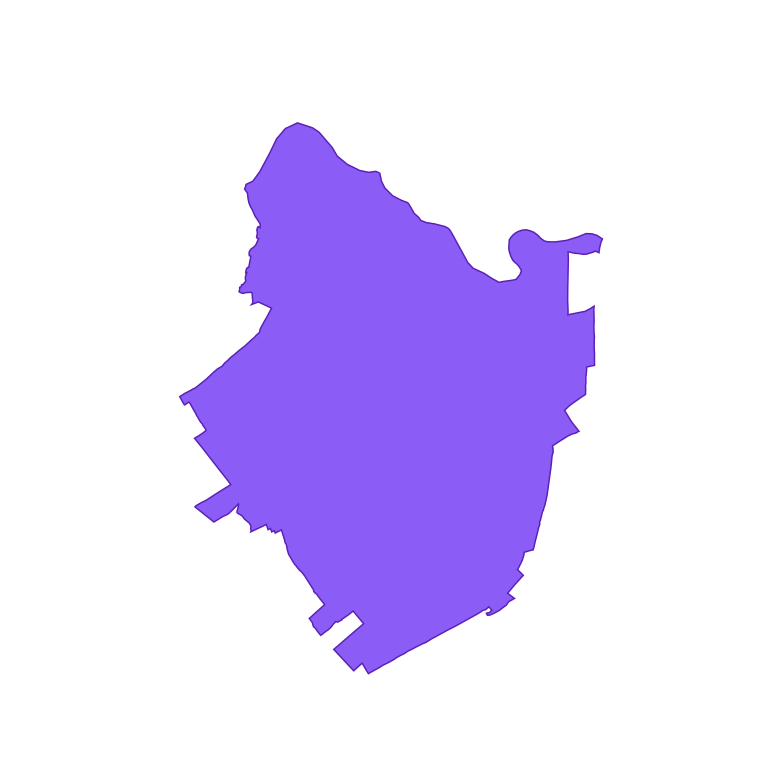 the district of Bratovoesti, Dolj, Romania, rotated 127°
{"feature_id": "2599482B58012097168459", "entity_name": "Bratovoesti", "entity_type": "district", "adm_level": 2, "iso_a3": "ROU", "parent_name": "Romania", "parent_adm1": "Dolj", "projection": "robinson", "projection_center": [23.927, 44.119], "detail": "fine", "context": "isolated", "style": "filled", "palette": "violet", "viewbox_px": 768, "rotation_deg": 127, "n_neighbors": 0, "source": "geoboundaries", "source_scale": "gbopen_adm2", "svg_char_len": 6171}
<svg xmlns="http://www.w3.org/2000/svg" viewBox="0 0 768 768"><g transform="rotate(127 384 384)"><path d="M307.6,614.3L308.8,613.8L309.9,613.2L311.6,612.9L312.3,612.5L313.4,609.0L313.8,608.0L315.0,606.7L317.8,604.1L320.6,600.9L322.5,597.8L324.3,593.7L327.5,588.1L329.5,582.4L330.9,578.9L332.5,578.0L333.3,577.1L333.9,577.2L333.9,578.3L334.0,579.2L334.5,579.2L335.4,579.1L336.2,578.8L337.9,578.0L338.5,577.0L340.4,575.5L342.1,574.9L343.7,573.9L343.8,573.4L343.8,572.3L343.5,571.5L344.7,571.3L350.1,570.1L351.7,570.2L353.7,570.6L355.8,571.3L356.8,571.4L359.1,571.3L360.9,570.4L362.0,569.4L362.6,568.7L362.1,568.1L362.1,567.3L362.5,567.0L371.9,562.4L372.3,562.4L372.9,562.8L373.1,563.1L373.4,563.2L374.2,563.1L375.2,563.0L377.2,562.1L378.3,561.4L377.7,560.7L378.2,560.2L379.0,560.4L380.0,559.8L381.0,559.5L382.3,558.9L383.8,557.7L384.7,556.7L385.3,556.3L386.6,556.3L387.7,556.5L389.3,556.4L389.8,557.1L390.3,557.4L390.9,557.4L391.5,556.8L392.4,556.7L393.2,557.1L393.4,557.4L394.1,557.3L394.8,556.5L396.0,555.8L396.9,555.7L397.5,555.2L397.6,554.7L397.3,553.8L397.1,552.5L396.4,551.1L394.9,549.9L393.3,548.4L391.6,546.2L391.0,545.5L390.5,544.5L391.7,543.2L393.3,541.9L398.0,537.6L400.2,537.6L394.1,533.7L391.1,519.5L401.3,517.8L406.0,517.3L414.4,516.0L415.7,515.5L416.5,515.0L417.4,514.7L418.9,514.6L420.7,515.1L422.2,515.4L423.6,515.4L424.8,515.6L427.9,516.3L433.7,517.3L438.2,518.2L444.0,519.8L451.1,521.4L455.4,522.5L460.4,523.2L462.6,523.8L467.6,524.1L472.0,526.0L474.6,526.6L479.0,527.5L484.1,528.3L485.2,528.6L486.2,528.6L488.7,529.2L500.5,532.3L501.8,532.9L502.4,533.3L503.1,533.7L504.8,534.3L511.7,537.6L515.7,539.0L517.0,539.6L519.8,533.4L520.8,530.8L520.7,530.7L520.1,530.4L516.8,529.3L516.0,528.9L515.9,528.5L515.9,528.2L516.9,525.7L519.9,518.9L520.2,518.4L520.2,517.9L520.4,517.3L520.7,516.7L521.1,516.2L522.0,514.4L522.6,512.7L523.6,510.6L524.9,507.2L525.1,505.6L525.2,505.0L525.6,504.6L526.0,503.9L527.7,498.5L527.9,498.2L528.7,498.3L532.2,499.2L537.1,500.9L539.9,502.1L541.4,502.6L544.1,491.6L551.4,464.7L553.4,457.0L554.0,454.9L554.4,453.1L556.6,445.8L560.6,447.4L569.1,450.7L584.2,456.2L589.0,458.7L592.8,460.2L594.3,460.9L595.9,461.0L596.6,436.8L586.2,432.7L583.9,431.3L581.5,430.2L577.0,429.4L567.4,428.1L567.8,427.6L568.9,426.9L574.2,424.7L575.0,424.2L575.2,423.3L575.3,422.1L575.0,421.3L574.9,420.5L574.8,417.5L575.1,416.4L575.5,415.5L575.8,414.2L576.0,410.7L576.1,408.6L576.3,407.4L577.5,404.9L578.2,404.3L579.8,403.3L581.0,401.9L581.3,401.7L582.2,401.4L567.0,393.4L570.1,388.9L567.7,387.7L569.7,384.7L567.2,383.4L568.5,381.2L562.3,378.1L563.4,376.5L568.5,369.4L570.0,367.8L570.4,367.1L570.7,366.2L571.0,365.5L571.5,364.8L574.7,361.3L576.2,359.3L577.0,358.3L577.5,357.5L579.1,353.5L580.5,350.2L581.8,346.8L581.8,346.0L582.8,342.6L583.6,339.1L583.7,336.6L584.4,334.1L584.9,332.2L585.4,330.8L590.3,317.8L590.4,317.0L590.8,316.5L591.9,315.4L592.4,313.7L592.3,312.5L592.5,310.9L593.8,306.8L595.9,298.6L608.4,301.1L613.3,302.0L616.2,302.6L617.1,299.5L617.6,298.1L617.9,297.3L619.9,294.9L620.3,294.2L620.3,292.2L621.6,288.2L622.0,286.3L622.2,285.9L622.5,284.9L622.7,283.2L616.4,281.5L613.5,280.5L609.5,279.9L607.6,280.0L605.6,279.9L603.9,279.6L602.8,279.7L602.1,277.7L597.4,275.6L597.1,276.0L593.7,274.8L589.0,273.3L583.9,272.0L587.7,256.0L597.5,258.2L626.2,264.4L631.3,235.6L629.6,235.3L625.7,234.6L621.0,233.6L620.1,233.3L620.8,231.8L624.7,222.2L612.6,216.8L609.6,215.8L603.1,212.5L597.8,210.2L594.6,209.2L590.7,207.4L586.8,205.4L584.8,204.8L582.9,204.1L579.3,202.2L574.9,200.2L571.8,198.6L568.2,196.9L566.3,195.7L565.6,195.4L565.3,195.0L564.7,194.7L563.8,194.7L562.3,193.9L559.7,193.0L542.3,185.1L537.0,182.5L533.0,180.6L510.7,170.7L505.0,168.7L503.5,167.3L503.0,167.0L501.7,166.8L500.8,166.5L499.0,166.5L499.4,163.1L499.9,161.6L500.9,162.1L502.6,162.0L503.5,162.4L504.4,163.6L505.5,164.3L506.5,162.2L506.2,161.8L504.7,160.3L501.8,158.6L495.6,155.7L490.8,154.4L486.9,153.2L484.8,153.4L482.8,153.4L476.7,150.7L476.7,159.3L465.8,158.8L456.9,158.0L453.0,157.6L451.8,165.8L450.7,165.8L449.2,166.0L441.1,167.6L439.6,168.3L438.1,168.7L436.2,169.5L435.7,169.7L434.6,170.5L433.9,170.8L432.4,169.5L429.7,167.6L426.8,165.1L426.1,165.3L423.1,166.5L417.4,169.1L415.5,169.8L406.4,173.7L404.5,174.5L402.7,175.0L401.8,175.6L401.0,176.2L400.3,176.8L399.1,177.0L396.5,178.0L391.4,180.3L390.1,180.7L389.0,180.7L388.2,181.2L383.7,182.7L374.7,186.8L350.5,200.3L345.0,203.6L341.9,205.5L340.0,206.6L338.2,207.3L336.9,207.7L333.6,210.3L332.4,212.0L331.2,211.9L325.8,210.0L315.3,206.0L310.9,203.8L308.0,201.5L307.4,201.1L305.4,200.4L304.4,199.8L301.3,211.6L296.4,223.9L290.2,223.0L284.8,221.4L276.7,218.8L271.1,216.8L267.2,219.5L264.6,221.6L261.4,223.6L256.7,227.2L255.5,227.8L253.2,229.2L250.2,231.1L248.5,232.4L242.4,227.1L237.2,231.1L233.9,233.5L227.4,238.9L222.8,242.2L221.6,243.2L220.6,243.6L219.2,244.7L216.1,247.6L212.1,250.7L208.1,253.5L203.0,257.4L198.5,261.1L195.4,263.0L196.1,263.3L197.2,263.8L199.0,264.3L203.6,266.5L204.6,266.9L205.1,267.2L206.7,268.7L218.0,278.8L215.1,280.8L206.5,287.8L196.5,295.2L172.7,312.4L167.7,316.5L166.6,314.5L165.8,312.5L164.8,310.4L162.0,305.9L160.7,303.2L158.9,300.9L155.7,298.4L152.0,295.8L150.6,295.2L150.5,294.2L150.2,293.3L149.8,291.3L145.4,293.8L140.0,296.1L136.7,296.8L137.1,303.1L138.9,308.3L142.3,313.2L149.7,317.6L159.4,324.6L167.4,332.7L171.7,338.5L173.3,342.1L173.3,346.7L172.6,351.0L172.7,355.8L173.9,360.0L175.1,363.0L177.9,366.2L181.6,368.7L184.1,369.8L187.1,370.6L191.0,370.9L193.4,370.7L198.5,367.4L201.4,365.3L203.2,363.1L205.6,359.7L207.6,355.8L208.1,352.8L208.2,350.1L208.8,347.2L210.0,344.1L210.9,342.3L212.9,341.9L214.1,341.4L215.3,341.3L218.0,341.4L220.4,341.4L221.9,342.2L224.0,344.1L227.3,347.4L230.3,350.4L233.6,353.3L234.8,361.7L235.4,370.8L237.9,382.4L236.6,390.1L222.7,420.7L221.4,424.2L221.0,426.2L221.5,429.9L225.7,440.0L229.6,447.3L231.2,452.9L230.0,457.1L229.6,462.4L227.0,468.4L225.1,473.3L225.0,474.4L226.9,480.9L228.5,490.4L226.9,501.4L223.6,508.0L218.2,514.2L219.0,518.4L224.1,523.5L228.1,531.9L230.7,545.4L230.1,558.6L226.3,567.6L222.0,587.4L222.4,595.0L227.5,610.2L239.3,616.5L252.8,617.3L268.0,614.3L289.0,611.0L301.0,610.8L307.6,614.3Z" fill="#8b5cf6" stroke="#5b21b6" stroke-width="1.5"/></g></svg>